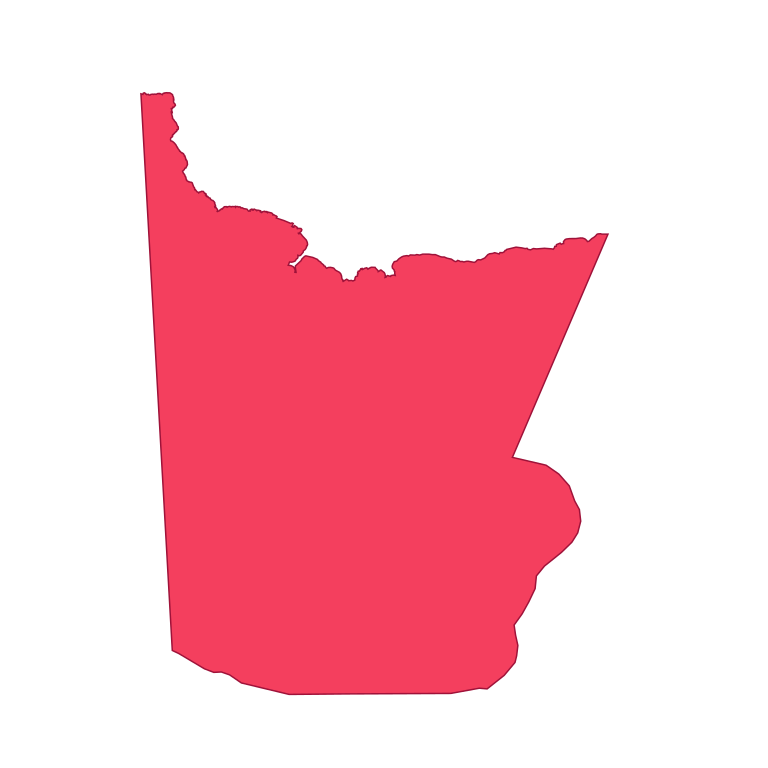 outline of Ngersuul, Airai, Palau, rotated 264°
{"feature_id": "81905179B1106200869758", "entity_name": "Ngersuul", "entity_type": "district", "adm_level": 2, "iso_a3": "PLW", "parent_name": "Palau", "parent_adm1": "Airai", "projection": "albers", "projection_center": [134.596, 7.428], "detail": "fine", "context": "isolated", "style": "filled", "palette": "rose", "viewbox_px": 768, "rotation_deg": 264, "n_neighbors": 0, "source": "geoboundaries", "source_scale": "gbopen_adm2", "svg_char_len": 6163}
<svg xmlns="http://www.w3.org/2000/svg" viewBox="0 0 768 768"><g transform="rotate(264 384 384)"><path d="M509.6,622.4L510.3,616.2L510.8,615.1L510.9,612.4L510.5,611.2L509.2,610.0L507.9,608.0L506.9,605.9L504.5,602.7L504.4,601.2L505.6,600.6L507.4,598.9L508.4,596.8L508.7,594.6L508.6,590.1L509.2,583.8L509.1,580.4L508.7,579.2L506.9,577.4L504.9,577.3L504.9,576.3L504.4,574.9L505.7,573.9L504.6,570.1L503.0,569.7L503.0,568.2L501.5,567.6L500.3,566.3L500.8,565.3L502.2,557.8L502.4,549.9L503.1,546.7L502.1,543.7L502.9,541.2L504.0,540.5L503.9,538.6L505.0,535.2L506.3,529.6L505.0,520.0L504.2,519.2L504.1,518.3L503.0,517.5L502.2,515.6L502.6,513.1L501.3,512.2L503.0,507.8L502.5,505.5L502.5,502.7L501.8,500.8L498.8,497.4L497.3,493.1L497.8,490.7L497.3,489.4L496.1,488.1L495.5,486.5L497.3,480.5L497.4,478.7L497.0,476.2L497.7,474.6L497.8,472.8L498.8,471.3L499.2,470.0L498.4,469.1L498.3,467.7L499.2,466.3L501.1,464.1L502.6,459.7L504.0,457.2L504.2,454.9L504.9,453.1L507.3,448.6L507.6,445.6L508.4,442.5L509.1,436.1L508.5,432.9L509.3,430.1L508.9,428.3L509.6,423.7L508.7,421.7L509.3,420.3L509.1,416.7L508.5,414.8L507.1,412.1L504.9,409.5L504.6,407.0L502.2,405.2L500.3,404.4L498.4,404.5L496.4,406.0L495.2,406.0L494.7,406.5L492.7,406.2L490.8,406.5L491.3,404.8L491.1,402.3L490.3,401.8L491.5,398.8L490.8,397.6L490.1,397.3L489.9,396.2L491.1,396.7L493.5,396.4L494.8,395.9L497.7,392.9L497.6,392.1L497.0,391.6L496.4,390.0L497.2,390.0L500.3,387.6L500.9,387.4L501.4,384.0L501.2,382.4L500.6,381.8L500.7,381.3L499.9,380.0L501.4,379.0L501.0,376.5L500.4,375.6L500.4,374.9L501.2,374.5L501.1,373.3L500.5,373.5L500.8,372.9L498.8,371.3L498.9,370.2L497.4,369.4L496.7,369.8L496.3,369.8L496.0,369.1L494.1,368.9L493.8,367.1L492.8,366.4L490.2,365.7L490.1,364.9L489.7,363.9L490.4,362.5L490.4,359.6L491.3,359.0L492.1,357.8L490.3,354.1L491.0,353.8L491.6,354.1L492.7,353.3L493.8,353.1L495.8,353.1L498.1,352.5L499.7,351.4L502.3,347.6L504.3,346.3L504.9,345.3L505.6,343.0L505.7,340.8L505.1,339.1L506.0,338.2L507.2,337.8L508.0,336.4L508.7,336.4L511.0,334.1L511.7,333.9L513.6,331.6L514.8,330.9L517.3,326.5L519.6,319.7L519.2,318.3L516.8,315.3L515.4,314.5L510.6,308.2L509.1,308.0L504.2,308.2L504.4,307.1L506.5,307.6L509.0,306.7L510.2,305.9L511.5,303.8L512.1,301.2L515.2,302.8L514.8,305.0L515.1,307.0L515.6,308.5L517.5,310.0L518.0,311.1L519.2,311.7L521.0,311.8L520.4,313.1L520.6,314.4L523.5,317.4L524.8,317.7L526.0,319.7L527.7,321.0L529.4,321.5L529.5,322.1L530.8,322.6L532.9,322.5L535.2,321.8L540.0,318.2L541.7,317.3L542.5,316.3L542.3,314.9L542.9,314.6L543.1,315.6L544.3,317.4L545.0,318.0L546.2,318.4L547.3,317.7L547.8,314.9L547.5,314.4L547.6,314.0L548.9,314.0L550.9,311.6L549.9,310.4L549.4,310.6L549.4,310.0L550.2,308.9L550.7,309.7L551.4,309.5L553.1,310.5L553.8,309.4L553.5,308.0L557.0,301.6L560.3,294.3L561.7,295.1L562.5,294.3L562.6,293.8L563.9,292.0L563.7,291.3L564.7,291.1L565.8,290.2L567.0,286.9L566.5,286.1L567.2,285.4L567.7,285.6L567.8,285.4L567.5,284.7L567.8,284.2L567.7,283.8L568.1,283.7L568.3,283.2L568.0,281.2L567.4,280.6L567.3,280.1L568.2,279.0L568.7,279.6L569.2,279.3L570.1,276.7L569.7,275.7L570.3,275.5L570.6,274.4L571.4,273.5L571.4,272.7L570.6,272.1L570.6,271.7L571.5,271.4L571.7,270.9L571.7,270.5L571.2,270.3L571.4,269.5L570.9,268.8L570.0,268.9L570.1,267.3L572.2,266.0L573.2,262.5L573.9,261.9L574.2,260.0L574.9,259.8L575.3,259.0L575.1,258.1L575.8,257.1L575.7,256.3L576.0,255.6L576.0,255.1L575.6,254.9L576.2,254.7L576.0,253.9L576.4,251.4L576.1,250.7L576.8,249.2L576.6,247.0L576.2,246.4L576.9,245.8L577.0,243.7L575.9,242.5L575.6,241.8L575.0,241.6L575.2,241.0L575.0,240.3L574.3,239.7L574.3,239.2L573.9,238.6L573.6,238.5L572.9,236.4L573.0,236.2L573.5,236.6L575.0,236.6L576.9,235.4L577.1,234.4L577.4,234.3L578.2,234.2L578.2,234.8L578.5,234.6L579.1,235.1L581.3,234.4L581.7,234.7L582.9,234.2L584.4,233.0L584.6,232.3L585.7,230.8L586.7,230.7L587.1,230.4L587.1,229.6L586.8,229.5L587.6,229.4L588.3,228.6L588.7,228.5L589.1,228.0L588.7,227.7L588.9,227.3L589.7,226.7L590.3,227.1L590.7,227.0L590.9,226.7L590.6,226.6L590.8,226.2L591.7,226.8L592.3,226.2L592.5,225.4L593.5,225.0L594.4,224.4L594.7,222.5L594.3,221.9L594.2,220.6L593.4,219.7L594.3,219.0L594.6,218.2L597.2,216.6L597.1,216.1L599.0,216.0L600.0,215.3L604.1,214.3L604.7,213.6L605.2,211.7L605.6,211.2L605.5,210.9L606.0,210.4L606.4,209.6L607.3,209.0L607.8,209.0L607.9,208.7L610.6,208.5L610.9,208.1L613.0,207.6L615.0,206.4L616.7,205.9L618.1,207.8L619.4,208.5L619.5,209.5L622.7,211.5L625.7,211.5L626.9,211.2L627.8,210.7L627.8,210.3L628.9,210.4L629.4,210.1L629.8,210.2L631.4,209.8L631.5,209.5L631.8,209.7L633.8,208.5L634.0,208.6L635.0,207.4L635.0,206.9L636.9,205.4L636.9,205.1L637.6,205.0L640.1,203.4L640.5,203.5L641.3,203.1L641.3,202.9L643.5,202.1L645.6,200.7L647.4,199.0L648.2,197.3L649.7,197.2L651.3,197.9L652.0,199.4L652.7,199.7L653.4,199.5L653.9,199.8L654.2,200.2L654.1,200.6L655.2,201.5L655.2,201.8L656.7,203.3L656.7,203.9L658.1,204.9L658.5,204.8L658.5,205.5L658.8,205.9L659.7,206.2L661.4,206.2L662.2,205.5L665.2,204.7L666.8,203.7L666.9,203.4L668.7,202.6L670.3,201.4L671.3,201.6L674.8,201.0L676.2,200.9L675.9,201.4L675.9,201.8L676.4,201.8L676.7,201.6L677.1,201.7L677.5,201.3L678.2,201.6L680.0,201.3L679.9,202.1L680.3,202.6L681.0,202.5L681.4,203.0L681.2,203.5L681.5,204.3L683.0,205.7L684.3,205.4L685.7,204.3L687.6,204.2L688.3,204.7L689.1,204.4L689.1,204.7L691.2,204.6L692.8,204.0L693.6,204.0L694.4,203.4L695.8,201.7L696.1,200.6L696.1,199.1L696.4,198.7L696.4,196.4L696.1,196.2L696.3,195.6L696.0,194.6L694.9,193.8L696.4,191.4L696.4,190.6L696.2,190.5L696.5,190.2L696.5,189.1L695.9,188.0L696.1,187.6L696.0,187.0L696.3,186.4L696.1,185.1L696.4,184.7L696.4,182.4L696.0,181.9L695.9,181.2L696.1,180.3L696.7,180.1L696.7,178.9L696.5,178.4L697.3,177.3L697.7,177.4L698.7,176.0L698.3,174.9L697.2,174.5L698.0,172.6L141.1,145.6L137.5,151.6L119.5,175.7L115.0,184.6L114.6,192.1L110.9,200.0L101.6,210.9L85.2,257.2L79.6,315.5L69.3,418.1L71.5,447.0L70.0,454.7L81.7,473.1L93.4,485.2L99.8,487.5L110.0,489.8L120.5,488.6L130.7,488.2L140.9,497.3L152.3,505.3L164.7,512.9L177.2,515.5L186.2,524.6L198.0,542.9L207.0,554.3L215.7,561.1L227.0,565.3L238.7,565.2L247.8,561.4L263.3,557.6L276.1,548.5L286.3,536.7L297.6,504.0L509.6,622.4Z" fill="#f43f5e" stroke="#9f1239" stroke-width="1.5"/></g></svg>